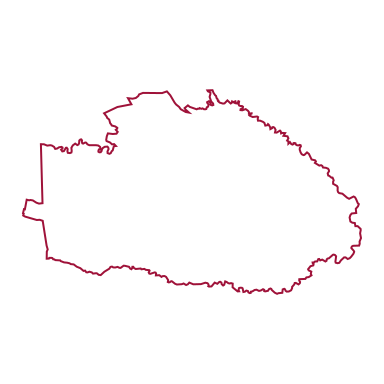 outline of Carrillo Puerto, Veracruz, Mexico
{"feature_id": "50627088B27800936058187", "entity_name": "Carrillo Puerto", "entity_type": "district", "adm_level": 2, "iso_a3": "MEX", "parent_name": "Mexico", "parent_adm1": "Veracruz", "projection": "albers", "projection_center": [-96.59, 18.822], "detail": "fine", "context": "isolated", "style": "outline", "palette": "rose", "viewbox_px": 384, "rotation_deg": 0, "n_neighbors": 0, "source": "geoboundaries", "source_scale": "gbopen_adm2", "svg_char_len": 6013}
<svg xmlns="http://www.w3.org/2000/svg" viewBox="0 0 384 384"><path d="M270.2,127.3L268.7,124.7L268.0,124.1L267.4,125.2L265.3,125.6L264.4,122.9L262.9,121.8L260.2,120.7L258.0,120.7L257.7,119.0L258.1,117.1L257.0,116.5L252.7,117.0L249.8,115.7L249.3,115.3L249.9,114.5L251.6,113.6L251.6,113.3L248.9,113.6L248.9,112.0L248.0,110.8L245.7,109.1L242.3,110.3L240.5,110.1L240.6,109.2L242.8,108.0L243.0,106.7L241.9,106.0L240.6,106.1L239.1,105.5L238.6,104.2L239.1,101.5L238.4,101.2L237.4,103.5L235.9,103.3L235.4,101.3L234.3,101.7L234.1,102.6L232.1,101.4L231.7,102.9L230.7,103.5L227.4,100.4L224.5,103.4L223.0,103.6L219.7,102.6L218.1,101.2L218.4,100.5L217.5,99.8L217.4,98.9L216.6,98.1L216.0,95.9L215.2,95.3L213.5,92.8L212.5,90.2L207.4,90.4L207.9,91.3L210.4,92.5L210.4,94.0L209.6,96.9L211.2,101.5L213.1,103.5L213.3,105.0L212.2,105.4L210.8,104.9L210.4,103.0L208.9,101.2L207.1,102.2L207.4,103.1L208.7,104.6L208.0,106.7L206.8,107.3L206.3,109.0L205.2,109.3L203.9,109.2L202.6,108.4L201.3,108.8L199.6,108.1L199.0,108.8L198.0,108.6L196.7,109.3L189.8,106.9L187.9,105.4L184.6,108.1L185.5,109.5L189.0,112.6L185.7,112.0L180.7,109.2L179.1,106.9L176.1,104.5L174.6,102.6L170.3,95.3L166.9,91.4L162.0,93.1L143.0,92.9L139.1,94.4L138.3,96.0L135.8,98.0L132.6,98.7L128.0,98.2L131.4,104.3L117.4,107.0L104.1,113.3L106.7,116.6L107.1,117.8L109.2,119.6L110.2,123.3L111.2,124.4L111.7,125.5L115.2,126.4L117.3,127.8L117.2,128.7L115.8,129.8L117.7,131.9L116.5,133.7L112.8,134.0L107.9,133.4L106.8,136.3L106.2,139.9L106.6,141.1L109.9,142.4L112.1,144.4L114.1,144.1L115.9,146.0L114.1,146.2L113.7,146.7L112.7,150.4L111.7,151.2L110.7,153.2L109.4,153.8L107.6,153.1L107.5,151.4L108.6,149.0L108.2,147.5L107.4,146.6L104.7,146.8L102.7,148.1L101.7,149.9L101.7,150.8L100.7,152.2L99.3,152.3L98.4,151.7L98.5,150.3L99.0,149.4L100.6,149.6L100.1,146.9L99.2,146.2L98.2,145.5L96.0,145.2L89.3,145.2L87.4,144.3L86.2,142.7L85.2,142.5L83.1,143.6L82.3,143.3L81.8,141.5L82.0,140.4L81.3,139.4L80.4,139.5L79.3,140.5L79.1,143.2L78.5,144.5L77.3,145.1L75.2,143.6L72.8,145.4L71.4,147.8L71.7,151.0L71.4,152.5L69.9,153.1L67.8,152.8L67.4,151.2L67.7,149.1L66.7,147.7L65.9,147.8L63.9,151.1L62.3,151.4L61.1,149.7L62.5,148.5L62.5,147.5L61.5,146.9L59.0,147.3L57.2,148.5L55.2,148.9L54.1,146.9L51.8,145.5L50.2,145.2L47.2,145.6L44.0,144.3L40.9,144.2L42.5,203.2L39.0,203.6L36.4,202.7L32.8,200.4L30.4,200.0L29.1,200.3L26.7,199.7L24.9,209.3L24.0,209.1L23.0,213.3L23.7,213.7L23.2,215.5L25.1,216.6L36.8,220.0L39.7,219.8L42.7,220.8L46.6,245.6L47.7,249.4L46.8,251.6L46.7,258.7L48.9,258.6L49.3,257.9L51.7,257.9L52.4,258.1L53.2,259.3L54.4,259.4L55.3,260.1L60.2,260.4L60.7,261.1L64.1,262.4L67.1,262.7L69.6,263.3L70.7,264.1L73.7,264.4L76.7,266.7L80.4,268.2L83.5,270.9L85.1,270.6L86.3,272.3L87.6,272.4L89.4,271.7L91.8,272.4L93.0,273.6L96.2,273.2L97.2,273.5L98.6,274.8L100.7,275.1L104.4,271.7L109.3,268.7L110.5,266.9L112.0,266.6L113.2,267.4L115.2,267.5L117.6,266.9L119.4,267.8L120.6,267.9L123.6,265.7L124.9,265.8L129.0,266.8L130.2,268.6L131.4,269.2L132.1,268.3L132.4,266.8L133.3,266.8L133.8,267.9L135.7,269.0L140.7,268.5L141.4,269.3L144.4,268.9L145.7,269.8L149.3,270.2L149.6,270.7L148.7,272.4L149.3,273.6L150.4,273.8L154.7,272.4L155.6,272.6L156.1,273.5L155.9,275.4L159.3,275.2L161.5,276.9L162.5,276.2L164.2,276.0L165.1,276.3L166.1,276.9L168.2,280.2L167.8,282.0L168.7,282.4L169.8,282.2L171.2,281.2L171.9,281.3L175.1,283.8L176.9,284.5L181.8,284.2L183.6,283.5L186.1,285.0L187.8,284.3L189.3,282.6L193.3,284.3L201.0,284.1L205.3,282.7L207.5,283.2L208.4,284.3L208.7,285.6L208.3,286.2L209.0,286.6L211.5,286.4L214.7,282.6L217.3,283.8L219.4,281.9L220.3,281.8L221.4,282.6L221.7,284.2L223.1,285.5L224.2,284.8L225.2,281.4L226.7,282.0L228.3,283.2L229.8,283.5L231.0,283.1L232.7,283.6L232.6,287.3L237.6,291.4L239.1,291.3L238.5,290.0L239.1,288.0L240.4,287.7L241.9,287.8L242.6,288.3L243.4,292.0L244.9,291.7L246.3,290.6L247.9,291.0L248.4,292.4L249.7,293.1L250.7,292.9L250.9,291.7L252.4,291.4L254.6,290.0L256.5,289.7L259.0,290.9L260.8,290.5L263.0,289.2L264.2,289.8L264.2,291.1L265.2,291.4L268.0,290.8L268.9,289.2L270.4,288.5L271.3,288.9L271.8,290.0L274.8,292.7L277.1,293.8L278.4,293.2L282.3,292.8L282.7,289.4L284.2,288.8L285.0,289.3L285.6,290.8L286.7,291.6L288.8,291.5L291.1,290.3L292.1,288.2L292.1,286.9L294.3,284.4L294.7,283.0L295.8,282.9L298.5,284.4L299.8,283.3L300.1,282.0L299.2,280.5L299.3,279.2L305.4,278.9L306.4,277.4L308.7,277.1L311.5,275.3L310.8,273.9L311.3,271.6L308.7,270.4L308.1,269.2L310.5,266.2L313.3,265.4L313.6,264.1L312.8,263.4L312.6,262.5L314.0,262.4L315.0,261.5L317.2,261.4L318.3,259.1L319.2,259.0L320.2,260.4L322.2,259.6L325.4,261.5L326.5,260.8L326.7,259.4L327.5,258.6L328.9,258.3L332.9,254.8L333.8,254.6L335.1,255.1L336.1,256.3L335.4,261.7L335.7,262.7L337.6,263.2L339.3,262.8L340.9,260.4L344.1,257.4L345.6,257.4L347.7,259.0L349.7,258.2L351.1,256.8L353.4,253.8L354.2,251.8L353.7,250.7L351.4,248.2L351.4,247.4L352.0,246.4L353.1,245.8L359.1,245.6L359.7,243.8L359.6,241.5L361.0,238.1L360.1,233.3L360.7,230.2L360.6,228.9L357.6,226.1L355.4,226.1L354.8,223.0L352.3,222.7L350.4,221.5L349.6,217.5L350.3,215.2L351.7,213.5L356.2,213.0L355.8,208.8L358.0,206.3L358.8,204.1L357.8,203.2L356.1,199.2L355.1,197.4L354.4,196.9L353.6,196.5L349.1,198.8L347.1,197.7L342.4,193.7L339.2,193.1L338.1,192.1L337.6,190.6L337.7,187.2L336.9,185.9L333.1,183.8L333.1,181.7L333.7,180.3L332.8,178.1L332.5,177.6L331.5,177.7L329.3,175.9L328.2,175.5L327.7,173.3L329.0,171.3L328.9,170.1L328.1,168.7L325.9,167.8L323.0,167.5L322.3,165.9L321.1,165.2L319.3,165.6L314.9,162.9L315.9,161.4L315.1,160.3L311.6,159.5L308.9,153.9L307.0,152.4L304.4,154.9L303.4,155.1L301.7,154.2L300.6,152.4L299.7,149.7L299.8,148.0L300.9,146.3L300.6,145.2L299.6,144.9L298.5,145.4L297.1,145.3L295.8,144.5L295.5,143.3L294.6,143.0L293.6,143.1L293.5,144.1L292.5,144.6L291.3,144.1L290.0,142.2L288.4,143.7L288.4,141.3L287.1,140.6L288.4,138.3L287.5,136.3L283.5,135.8L285.1,133.1L282.5,132.9L281.1,133.4L280.8,131.4L280.0,130.6L276.7,132.6L275.0,132.5L275.6,129.8L274.5,127.8L273.5,127.1L272.4,127.2L272.1,128.2L270.4,129.1L270.2,127.3Z" fill="none" stroke="#9f1239" stroke-width="2"/></svg>